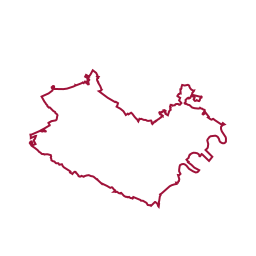 Somes-Odorhei, Salaj, Romania, rotated 33°
{"feature_id": "2599482B11823092224624", "entity_name": "Somes-Odorhei", "entity_type": "district", "adm_level": 2, "iso_a3": "ROU", "parent_name": "Romania", "parent_adm1": "Salaj", "projection": "equal_earth", "projection_center": [23.214, 47.334], "detail": "fine", "context": "isolated", "style": "outline", "palette": "rose", "viewbox_px": 256, "rotation_deg": 33, "n_neighbors": 0, "source": "geoboundaries", "source_scale": "gbopen_adm2", "svg_char_len": 5815}
<svg xmlns="http://www.w3.org/2000/svg" viewBox="0 0 256 256"><g transform="rotate(33 128 128)"><path d="M55.6,189.8L59.2,191.8L58.2,193.3L57.2,194.2L56.3,193.3L55.7,193.1L55.8,192.9L55.5,192.6L55.6,192.3L55.4,192.1L54.4,192.0L54.5,192.3L53.7,192.8L53.8,194.1L56.8,195.4L61.0,195.5L64.3,195.8L66.8,196.5L67.9,196.3L69.7,196.7L70.9,196.2L71.5,195.7L72.3,195.8L72.7,195.3L74.9,193.8L78.0,192.8L79.2,193.9L79.3,194.9L80.4,195.6L81.4,196.8L83.2,196.7L84.6,196.2L86.3,196.7L87.0,196.7L88.8,195.5L90.4,196.2L92.3,194.4L94.1,195.5L95.7,195.9L102.5,195.8L103.5,195.9L103.6,196.9L106.4,196.8L106.3,196.3L107.0,193.9L107.6,193.5L108.1,193.4L108.7,193.9L109.4,193.9L112.3,194.8L112.4,195.1L112.9,195.3L113.9,195.1L114.7,194.5L115.0,193.5L117.4,193.0L117.4,192.5L119.2,190.3L120.8,188.9L123.1,188.5L124.7,187.8L125.7,187.6L129.9,188.1L130.2,187.7L131.3,188.2L136.1,189.0L136.0,188.8L142.2,188.0L145.3,187.9L145.9,187.7L146.5,186.7L147.2,186.4L149.5,187.2L151.2,187.3L151.4,187.5L150.9,189.1L151.6,188.6L152.6,188.4L153.4,187.5L155.9,187.6L157.2,187.1L157.2,186.5L157.6,186.1L161.5,187.1L163.5,187.0L164.0,186.6L165.2,186.4L165.4,185.9L166.3,185.7L166.5,185.2L168.2,185.4L169.0,184.9L170.3,184.7L170.4,183.9L170.0,183.5L170.0,183.0L177.6,181.6L178.4,181.9L180.2,180.9L184.3,180.7L186.4,181.8L188.3,181.0L188.8,180.5L189.7,180.7L190.9,175.4L191.2,175.2L193.3,175.4L194.1,175.7L195.9,177.1L196.6,177.3L195.3,174.5L194.1,173.2L193.9,172.2L192.0,168.1L191.9,166.5L191.1,166.2L191.8,164.6L194.7,154.2L195.8,152.2L197.6,150.0L199.2,148.5L198.1,147.6L199.6,146.8L199.3,145.2L199.6,144.9L199.0,143.2L198.6,142.7L195.6,140.2L196.6,139.7L197.0,137.9L194.5,136.5L193.5,134.9L192.2,132.1L191.9,130.7L192.9,129.0L194.1,128.0L195.3,127.6L197.4,127.7L201.4,129.0L206.2,128.9L209.0,128.4L210.1,127.4L210.5,126.6L210.7,125.2L210.7,124.6L205.2,125.1L201.2,124.3L197.1,124.1L197.2,123.3L195.7,123.2L194.3,122.7L195.1,120.0L194.6,118.7L194.3,117.0L194.6,116.8L194.5,116.2L195.5,114.2L196.4,113.1L197.7,112.3L199.8,111.5L201.6,111.5L202.9,112.2L203.3,112.7L203.8,112.5L203.9,111.6L203.9,109.8L204.6,109.7L213.9,111.5L214.4,106.2L205.0,104.2L205.6,101.8L205.4,100.6L204.0,97.7L201.3,95.3L201.0,94.3L201.2,91.2L201.8,89.9L205.4,86.9L206.6,86.6L208.1,86.6L210.4,87.7L211.4,88.7L212.6,89.4L214.5,89.5L216.0,89.1L217.2,88.1L217.6,86.2L215.9,83.5L214.9,82.5L208.5,79.7L206.7,78.3L205.9,77.2L205.4,76.2L205.6,74.9L206.0,73.7L207.0,72.4L204.8,72.2L204.7,74.2L196.5,74.1L194.5,73.9L194.1,74.3L194.0,74.8L193.4,75.6L191.9,75.7L189.3,75.6L189.7,74.6L185.1,73.0L183.7,75.7L183.0,75.6L183.1,75.1L182.8,74.5L183.2,73.9L183.0,73.2L183.5,72.8L183.6,72.3L183.1,71.8L182.6,71.6L182.3,71.1L181.1,71.5L179.7,71.4L179.0,71.8L177.4,71.8L177.4,72.5L176.4,73.4L172.9,75.2L170.6,75.9L167.1,75.3L165.2,76.0L163.7,75.9L162.9,76.6L162.1,76.4L161.9,76.3L162.1,75.4L161.9,74.2L161.0,73.2L161.6,70.6L162.2,70.2L162.2,69.7L162.4,69.6L163.1,70.0L163.8,68.7L163.4,66.3L163.7,66.0L163.6,65.7L164.6,66.4L166.6,65.9L167.2,66.0L167.4,66.4L167.4,68.1L167.9,68.2L168.2,68.6L169.5,68.8L170.1,67.9L170.5,67.7L170.5,67.2L172.4,67.0L173.0,66.7L173.1,65.7L172.8,65.3L172.5,63.5L173.1,62.4L172.7,61.7L172.3,61.7L172.3,62.2L163.7,65.2L162.8,63.6L163.1,61.1L163.0,60.6L162.5,61.1L160.1,61.3L158.1,60.6L156.5,59.5L156.2,59.1L154.7,59.2L152.4,61.5L150.0,62.4L150.6,64.7L151.2,65.6L151.3,66.5L150.8,67.0L153.4,70.4L152.6,70.8L152.5,71.7L152.0,72.0L151.9,74.0L152.1,74.4L155.3,74.3L155.8,77.0L159.2,78.0L158.9,80.2L158.2,80.7L157.5,80.4L156.2,81.0L155.1,82.0L154.8,82.7L154.9,83.4L153.4,84.7L153.1,85.1L152.1,84.8L151.5,85.6L151.2,85.6L151.7,87.4L152.6,87.5L152.9,88.9L153.6,89.1L153.9,89.6L153.6,90.1L153.4,91.5L154.5,95.6L151.9,95.7L151.7,95.2L150.2,94.9L150.0,94.5L150.2,94.4L149.7,94.2L149.5,93.7L149.9,93.2L148.9,93.1L148.1,93.8L148.4,94.1L148.4,94.7L147.1,96.7L147.5,96.8L147.0,97.4L146.0,97.4L145.8,97.8L145.9,98.1L146.8,98.1L146.9,98.6L147.6,98.6L147.7,99.0L149.1,98.7L150.5,98.8L150.5,99.2L150.8,99.5L150.0,99.8L149.8,100.5L149.9,101.1L149.2,102.7L148.9,103.9L148.3,104.8L148.1,105.7L147.5,106.6L147.8,106.8L147.4,108.0L146.9,108.1L146.7,108.4L146.6,109.1L146.7,109.5L146.3,111.4L145.0,110.8L144.4,109.7L143.2,109.2L141.3,110.9L140.1,111.5L138.5,111.6L136.8,112.6L134.1,113.1L133.7,113.7L132.6,114.0L133.1,116.9L132.1,116.5L132.0,115.7L130.3,115.8L127.6,115.1L123.8,113.7L122.3,113.5L121.0,116.3L120.0,116.1L119.1,118.3L115.0,116.4L111.2,116.0L106.8,116.3L106.7,114.6L106.1,112.6L103.4,112.7L103.1,113.3L94.5,113.7L83.6,113.0L84.7,111.8L85.1,110.3L84.7,110.3L84.3,109.7L81.9,108.0L78.4,106.3L78.2,106.2L78.2,105.8L77.2,105.2L76.6,105.2L75.6,104.2L75.2,103.2L75.8,102.4L75.5,101.7L75.5,101.2L74.5,101.7L73.8,101.7L73.7,100.5L71.2,99.1L67.0,98.8L67.4,103.5L67.3,105.5L66.6,106.1L63.9,106.3L64.1,108.3L65.9,108.2L66.3,107.8L67.7,107.5L67.5,108.2L67.0,108.5L67.6,109.6L67.6,109.3L68.6,109.0L68.4,110.3L68.6,110.2L68.7,109.3L69.3,109.2L69.3,110.4L68.3,110.5L68.3,110.9L68.4,111.1L69.2,110.9L69.3,111.4L68.6,111.7L69.9,112.5L69.9,112.2L70.6,111.9L71.2,112.7L70.7,113.2L69.9,112.9L68.7,113.1L67.3,112.4L66.6,112.5L66.4,114.5L65.2,114.5L65.0,115.2L63.5,117.4L61.2,120.5L60.6,120.6L60.9,120.9L59.6,123.0L55.4,128.2L52.6,130.6L44.8,135.5L43.9,135.5L43.8,134.7L44.2,134.6L43.5,133.6L42.9,133.8L42.7,133.4L42.3,133.6L41.8,135.4L42.3,135.9L43.2,135.6L44.2,137.7L42.6,142.2L38.4,148.7L43.5,151.4L45.0,151.9L46.1,152.5L48.1,153.0L48.5,153.6L50.5,154.0L51.0,153.4L51.5,153.4L56.0,154.4L58.2,154.3L59.0,155.0L61.2,155.2L62.0,155.8L62.2,156.7L63.3,159.2L63.5,160.0L63.2,161.0L59.9,164.1L59.7,165.0L59.0,165.8L58.5,167.1L60.8,168.2L60.9,168.5L60.4,169.3L58.4,173.4L56.8,176.3L58.4,176.0L59.4,175.4L61.7,175.6L60.3,175.8L59.9,176.3L59.0,176.5L58.0,177.7L55.8,178.3L50.8,185.9L49.8,186.7L51.3,188.3L52.0,189.4L54.7,185.1L55.1,184.8L55.8,187.6L55.6,189.8Z" fill="none" stroke="#9f1239" stroke-width="2"/></g></svg>